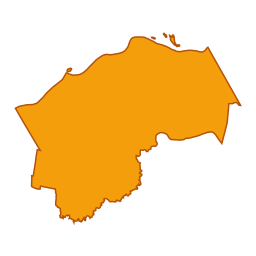 San Cosme, Corrientes, Argentina (Equal Earth projection)
{"feature_id": "61730980B19808130857277", "entity_name": "San Cosme", "entity_type": "district", "adm_level": 2, "iso_a3": "ARG", "parent_name": "Argentina", "parent_adm1": "Corrientes", "projection": "equal_earth", "projection_center": [-58.507, -27.393], "detail": "fine", "context": "isolated", "style": "filled", "palette": "amber", "viewbox_px": 256, "rotation_deg": 0, "n_neighbors": 0, "source": "geoboundaries", "source_scale": "gbopen_adm2", "svg_char_len": 5742}
<svg xmlns="http://www.w3.org/2000/svg" viewBox="0 0 256 256"><path d="M221.8,143.5L224.5,133.3L227.1,123.0L228.5,108.7L228.8,103.7L232.8,103.6L234.6,102.6L236.7,102.5L239.0,105.2L240.6,105.4L211.0,52.9L207.9,47.3L206.7,48.2L206.0,49.4L204.7,50.8L203.4,51.5L203.2,51.6L202.1,52.1L200.6,51.9L199.2,51.7L197.4,51.1L195.6,50.8L191.0,50.3L188.8,50.3L186.5,50.6L185.0,50.8L182.7,51.1L181.4,51.5L179.8,51.7L178.3,51.5L177.6,51.6L176.0,51.1L175.3,50.6L174.4,50.3L171.9,49.5L169.6,48.1L165.6,46.1L163.7,45.6L162.6,45.0L160.5,44.5L157.1,43.6L155.6,42.8L153.7,41.6L147.4,38.6L144.3,37.3L140.8,37.0L138.0,37.0L134.9,37.1L132.9,37.6L131.7,38.5L130.9,39.4L129.8,41.5L128.0,46.7L126.5,48.9L125.1,50.6L122.5,52.3L120.0,53.1L115.8,54.0L114.2,54.2L112.2,54.6L109.6,54.8L108.7,54.6L107.2,54.4L105.4,54.5L103.5,55.1L101.8,56.0L98.8,57.9L96.3,59.8L90.1,66.1L87.1,69.4L83.5,72.5L80.9,74.0L79.5,74.5L77.6,74.9L74.5,75.1L72.3,75.0L70.9,74.6L68.8,73.8L67.1,73.0L66.3,72.9L62.4,79.6L59.9,81.6L53.0,87.0L46.7,92.9L42.7,97.7L37.2,103.0L33.1,104.5L26.8,104.8L19.3,106.3L15.4,108.3L23.0,121.5L30.7,134.5L36.1,143.6L40.2,150.4L37.3,149.7L36.2,156.1L35.2,163.8L33.2,175.9L31.7,175.7L31.8,178.0L31.6,183.6L31.6,186.4L33.5,187.5L35.5,188.4L37.8,189.0L40.1,189.1L40.5,186.1L53.8,188.8L55.3,188.9L55.2,189.7L55.5,190.4L55.7,191.6L55.7,192.6L55.8,193.3L56.1,193.9L56.5,195.2L56.0,196.1L56.2,197.3L56.1,199.5L55.8,201.4L55.7,202.9L55.9,205.4L57.3,206.3L57.6,207.2L58.8,207.6L59.6,208.1L60.2,208.7L60.5,209.5L60.3,210.3L60.3,211.2L60.8,211.9L60.7,212.9L60.8,213.8L60.4,214.9L59.8,215.7L59.9,215.9L60.3,216.4L60.1,217.2L61.0,217.9L61.8,217.7L62.5,218.0L63.2,218.4L63.2,217.4L62.4,217.0L62.7,215.9L63.7,216.4L64.5,217.2L65.1,217.3L65.5,216.2L66.4,215.6L67.0,215.3L67.6,215.8L68.3,215.3L69.1,215.1L69.5,216.3L69.7,217.4L69.1,218.5L70.0,218.4L71.1,218.7L71.9,219.4L72.6,219.6L73.7,219.9L73.3,221.3L73.9,222.6L74.0,221.6L74.5,220.9L75.3,221.1L76.4,221.1L77.2,220.7L77.6,219.9L78.0,219.0L78.6,218.7L78.9,219.9L79.0,221.0L79.8,221.0L80.5,221.5L81.1,221.8L81.4,220.9L82.0,221.1L83.5,218.3L84.2,218.7L84.1,219.5L84.6,220.3L85.4,220.5L85.7,219.3L85.3,218.2L84.7,217.5L86.0,217.5L86.4,216.6L87.3,215.8L88.3,215.9L88.9,216.4L89.3,217.0L90.0,218.2L90.5,217.3L92.0,217.1L92.1,216.1L92.6,215.4L93.2,214.9L93.8,214.7L93.8,213.8L93.2,213.4L93.7,212.7L93.5,211.8L93.5,210.9L94.9,210.8L95.6,210.6L95.9,209.8L95.6,209.0L96.0,208.1L96.7,207.7L97.0,207.9L98.7,208.3L99.6,208.0L100.4,207.0L100.7,205.6L101.6,205.3L101.7,204.3L100.9,203.7L101.5,203.0L103.4,202.6L103.5,201.4L104.5,200.8L104.3,199.9L103.9,199.1L104.4,198.5L105.2,198.6L106.2,198.7L107.4,199.2L108.2,199.8L108.8,200.7L110.3,201.8L111.4,201.6L112.1,201.6L112.7,201.5L113.6,201.8L114.3,201.9L115.0,201.7L115.7,201.9L116.2,200.6L117.1,200.1L117.7,200.9L118.6,200.7L119.5,200.8L120.0,201.4L120.7,201.0L120.8,199.6L121.6,199.0L121.9,198.1L122.4,197.2L123.4,197.7L123.2,196.6L123.6,195.9L124.4,195.8L125.3,195.4L125.6,194.4L126.4,194.3L126.9,195.0L127.3,195.7L128.1,195.9L128.7,195.3L129.4,194.2L130.4,194.0L130.8,193.1L130.5,192.1L130.2,191.2L130.9,191.0L131.7,191.1L132.3,190.5L132.9,189.8L133.8,189.9L134.6,189.7L135.1,189.0L135.8,188.8L136.5,189.1L137.1,189.2L137.6,188.6L137.5,187.8L137.0,187.0L136.4,186.9L136.5,186.2L137.3,185.5L138.1,185.1L138.6,184.2L139.0,185.3L139.6,185.4L140.2,184.9L140.9,184.1L140.8,183.0L140.2,182.5L140.2,181.4L140.0,180.4L139.1,180.1L139.2,179.4L139.8,179.1L140.0,178.1L139.5,177.0L139.8,176.2L140.6,176.3L141.2,176.0L141.9,174.9L141.5,174.0L139.5,173.4L139.6,172.5L141.7,171.4L141.6,170.4L140.2,169.8L140.2,168.1L140.1,167.0L139.9,165.6L140.0,164.3L140.3,163.0L139.4,162.6L138.4,162.1L137.8,161.5L137.7,160.6L137.1,159.7L136.3,158.9L136.5,157.9L136.1,156.8L136.3,155.5L137.1,155.6L138.1,156.4L138.7,156.2L139.9,155.5L140.3,154.5L140.2,153.7L140.2,152.3L140.3,150.6L140.9,149.9L141.8,150.1L142.5,150.2L143.1,150.3L144.7,149.6L145.3,149.9L145.9,150.4L146.4,151.5L147.0,151.0L147.9,151.4L148.3,150.3L149.1,149.5L149.9,149.4L150.8,149.1L150.8,148.0L151.2,147.0L151.9,146.4L152.6,146.2L154.7,146.3L155.8,146.1L156.7,145.2L157.1,144.3L157.1,142.9L156.4,141.8L155.9,141.1L155.7,139.9L155.9,138.5L155.8,136.6L156.4,135.0L157.0,134.5L158.4,133.5L159.5,133.0L160.6,132.6L162.1,132.6L164.3,133.1L166.3,134.0L167.3,134.9L169.3,138.2L170.6,139.3L172.1,139.6L177.5,139.9L179.3,140.1L182.2,139.9L184.2,139.4L185.4,138.5L189.3,138.1L196.4,136.3L199.3,135.4L201.5,134.4L207.4,132.4L209.2,132.1L211.8,131.9L213.8,132.9L215.6,134.7L218.5,139.1L221.8,143.5ZM174.0,36.7L173.7,35.9L173.3,35.2L173.0,35.0L172.8,35.0L172.7,35.4L172.7,35.9L172.8,36.6L172.9,37.0L172.2,36.8L171.7,36.4L171.6,36.6L171.6,37.0L171.4,37.4L171.2,37.4L170.9,36.6L170.5,36.0L169.9,35.4L169.6,35.3L169.7,35.8L169.9,36.6L170.3,37.4L170.5,38.2L170.4,39.4L171.1,40.9L171.8,41.9L172.0,42.0L173.6,44.0L173.9,44.0L174.2,44.1L174.4,44.6L174.7,44.5L175.0,44.5L175.3,44.2L175.6,43.8L175.5,43.4L174.9,42.6L174.6,41.5L174.4,40.6L174.2,37.6L174.0,36.7ZM68.8,71.5L70.5,71.0L71.1,69.9L71.5,69.3L71.5,68.6L71.2,68.4L70.4,68.2L69.3,68.9L68.2,68.9L67.1,70.5L67.2,71.4L67.9,71.5L68.8,71.5ZM175.5,44.8L175.0,44.8L174.9,45.1L175.1,45.4L175.8,45.4L176.1,45.6L177.3,45.9L177.2,46.1L176.9,46.1L176.6,46.2L176.7,46.4L176.8,46.5L177.3,46.4L178.1,46.3L179.2,46.2L179.6,45.8L179.7,45.3L179.5,45.0L179.2,44.9L177.7,45.0L177.2,44.9L175.9,44.9L175.5,44.8ZM166.0,34.9L164.8,34.2L164.1,33.4L163.9,33.6L164.1,34.0L165.2,34.8L164.9,34.9L164.8,35.0L164.5,34.7L164.1,34.6L163.9,34.4L163.7,34.4L163.9,34.8L164.8,35.5L165.0,36.0L165.4,36.7L165.8,37.2L166.2,37.3L166.6,37.2L166.7,36.8L166.5,35.7L166.0,34.9ZM155.0,38.8L155.2,38.6L155.2,38.4L154.7,37.9L153.7,37.5L152.2,37.2L151.7,37.3L152.1,38.0L152.9,38.2L153.9,38.8L154.8,38.9L155.0,38.8Z" fill="#f59e0b" stroke="#b45309" stroke-width="1.5"/></svg>